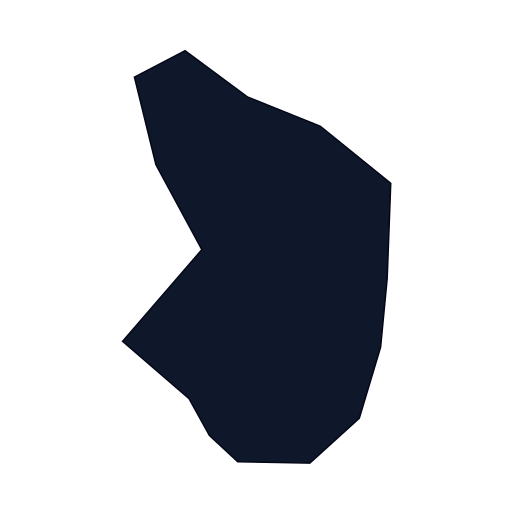 the Urban county of Érd, rotated 354°
{"feature_id": "HUN-4907", "entity_name": "Érd", "entity_type": "Urban county", "adm_level": 1, "iso_a3": "HUN", "parent_name": "Hungary", "parent_adm1": "", "projection": "equal_earth", "projection_center": [18.891, 47.383], "detail": "fine", "context": "isolated", "style": "filled", "palette": "ink", "viewbox_px": 512, "rotation_deg": 354, "n_neighbors": 0, "source": "natural_earth", "source_scale": "10m", "svg_char_len": 360}
<svg xmlns="http://www.w3.org/2000/svg" viewBox="0 0 512 512"><g transform="rotate(354 256 256)"><path d="M397.6,197.8L384.1,292.2L370.4,359.7L341.8,428.1L287.9,467.6L216.3,458.7L190.9,429.6L174.5,390.9L114.4,326.9L202.8,244.0L166.0,154.7L153.8,65.4L206.9,44.4L264.1,96.9L333.5,133.7L397.6,197.8Z" fill="#0f172a" stroke="#020617" stroke-width="1.5"/></g></svg>